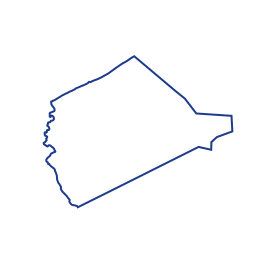 outline of Colonia Valdense, Colonia, Uruguay, rotated 144°
{"feature_id": "84410073B47178985540084", "entity_name": "Colonia Valdense", "entity_type": "district", "adm_level": 2, "iso_a3": "URY", "parent_name": "Uruguay", "parent_adm1": "Colonia", "projection": "orthographic", "projection_center": [-57.146, -34.39], "detail": "fine", "context": "isolated", "style": "outline", "palette": "blue", "viewbox_px": 256, "rotation_deg": 144, "n_neighbors": 0, "source": "geoboundaries", "source_scale": "gbopen_adm2", "svg_char_len": 2774}
<svg xmlns="http://www.w3.org/2000/svg" viewBox="0 0 256 256"><g transform="rotate(144 128 128)"><path d="M215.2,93.4L185.6,88.4L82.0,71.2L73.5,61.5L68.8,67.6L61.4,68.4L45.6,63.9L37.1,77.0L64.2,99.6L64.7,118.3L67.7,129.4L80.8,182.4L81.6,182.4L83.2,182.7L84.5,182.7L86.6,182.8L88.5,182.8L92.2,183.1L94.1,183.4L94.8,183.5L101.7,183.7L112.2,183.7L116.1,184.2L120.2,184.7L123.9,185.4L127.0,186.3L130.0,187.0L131.5,187.2L131.9,187.6L132.3,188.2L134.3,187.9L134.9,188.0L135.5,188.1L135.8,188.1L136.4,188.2L147.0,190.7L148.3,190.6L150.8,191.0L152.4,191.3L153.9,191.7L155.6,191.9L156.8,192.0L157.9,192.4L159.0,192.5L160.6,192.8L161.5,192.9L162.4,193.1L163.7,193.1L171.1,193.7L171.9,194.0L173.3,194.2L173.8,194.3L174.3,194.3L174.7,194.5L175.5,193.2L176.1,192.0L176.2,189.8L176.1,188.9L176.1,188.0L176.2,186.9L176.7,185.9L177.2,185.3L177.9,185.0L179.8,185.5L182.1,186.1L182.8,185.8L183.3,185.1L183.8,184.3L184.3,183.6L184.5,183.4L184.6,183.0L184.5,182.8L184.3,182.6L184.1,182.5L183.7,182.8L182.9,183.0L182.6,183.0L182.2,182.6L181.9,182.0L181.9,181.2L181.8,180.2L182.1,179.6L182.4,179.1L183.0,178.6L183.9,178.3L184.1,178.3L184.6,178.3L185.7,178.9L186.2,179.1L186.5,179.0L186.9,178.8L187.4,178.5L187.8,178.5L188.5,179.0L189.0,179.3L189.5,179.3L189.8,179.1L190.2,178.6L190.7,178.1L191.1,177.9L191.6,177.7L191.9,177.4L191.9,177.0L191.7,176.5L191.5,175.7L191.6,175.0L191.7,174.6L192.0,173.7L192.5,173.2L192.9,173.0L193.2,173.0L193.5,173.1L193.8,173.4L194.2,173.7L194.6,173.8L194.9,173.8L195.1,173.6L195.4,173.2L195.8,172.8L196.1,172.4L196.6,172.3L197.1,172.7L197.5,173.3L197.9,173.3L198.2,173.2L198.4,172.9L198.7,172.3L199.2,171.7L199.4,171.2L199.5,170.6L199.4,170.2L199.1,169.8L198.8,169.4L198.6,169.0L198.6,168.4L198.8,168.0L199.2,167.8L199.9,167.6L200.5,167.4L200.7,167.0L200.8,166.5L201.0,166.0L201.3,165.8L201.8,165.8L202.4,165.7L203.0,165.4L203.4,165.3L204.0,165.5L204.6,165.5L205.0,165.4L205.3,165.0L205.5,164.4L205.4,163.7L205.1,163.2L204.7,162.3L204.4,160.9L204.0,160.5L203.5,160.3L203.1,160.5L202.5,160.6L201.9,160.4L201.4,159.9L201.0,159.1L200.7,157.6L200.4,156.6L200.1,155.9L200.1,154.7L200.3,153.9L200.5,152.5L200.6,151.7L200.9,151.5L202.1,151.9L203.1,152.1L205.5,152.5L205.8,152.4L206.7,151.7L207.8,151.3L210.2,151.2L212.0,150.7L213.0,150.2L213.6,148.9L213.2,147.3L213.6,145.9L213.1,145.7L212.9,145.1L213.1,144.8L213.1,144.6L212.8,142.8L212.6,141.7L212.2,140.4L211.7,138.7L211.7,137.4L212.1,136.3L212.4,135.5L212.6,134.4L213.4,131.7L214.4,129.9L215.6,128.0L216.1,126.3L216.6,124.7L216.5,124.0L216.5,123.5L216.6,121.7L216.8,119.8L218.1,118.3L218.4,116.7L218.4,115.0L218.2,113.3L217.9,112.1L217.9,111.1L217.5,108.9L217.6,106.5L217.4,104.3L218.7,102.9L218.9,100.7L218.6,99.0L217.9,98.0L216.6,96.8L215.1,94.8L215.2,93.4Z" fill="none" stroke="#1e3a8a" stroke-width="2"/></g></svg>